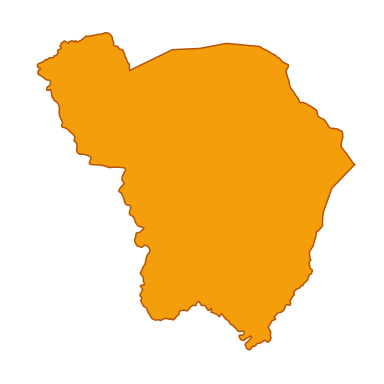 Concordia, Olancho, Honduras (Robinson projection), rotated 183°
{"feature_id": "27666195B67988098345344", "entity_name": "Concordia", "entity_type": "district", "adm_level": 2, "iso_a3": "HND", "parent_name": "Honduras", "parent_adm1": "Olancho", "projection": "robinson", "projection_center": [-86.696, 14.659], "detail": "fine", "context": "isolated", "style": "filled", "palette": "amber", "viewbox_px": 384, "rotation_deg": 183, "n_neighbors": 0, "source": "geoboundaries", "source_scale": "gbopen_adm2", "svg_char_len": 5908}
<svg xmlns="http://www.w3.org/2000/svg" viewBox="0 0 384 384"><g transform="rotate(183 192 192)"><path d="M132.8,340.9L165.4,342.2L191.6,335.8L219.0,333.1L260.6,310.1L261.4,316.3L263.9,319.4L264.2,321.0L266.0,323.9L266.5,326.1L268.5,330.2L271.8,331.1L272.8,332.0L273.4,333.1L273.8,333.4L275.4,333.7L277.0,333.8L277.6,334.1L278.0,335.0L278.2,337.7L279.4,339.6L279.5,342.0L280.7,343.8L281.1,344.3L283.8,346.4L285.2,346.3L286.7,346.5L287.6,346.3L289.0,345.5L292.6,344.6L294.8,344.5L296.3,343.7L301.0,342.8L303.7,341.8L305.7,342.3L308.7,339.4L309.9,338.7L310.9,337.5L315.0,335.7L316.2,337.0L317.7,335.9L318.7,336.2L319.4,336.8L319.9,336.8L321.2,336.0L322.7,335.7L323.3,334.1L323.5,333.9L324.0,334.1L326.5,336.0L327.6,336.1L328.1,335.7L328.6,334.8L329.3,334.3L330.1,334.1L330.4,333.8L330.7,332.1L331.3,331.4L331.4,330.7L331.1,330.1L330.1,329.2L330.0,328.7L330.3,328.3L333.0,326.9L333.6,326.5L333.6,325.9L333.1,324.8L333.1,324.1L333.7,322.7L334.5,321.7L335.5,320.9L337.0,320.7L337.3,319.3L337.7,319.0L338.9,318.7L341.1,318.6L342.0,318.0L343.5,316.5L344.0,316.4L344.4,316.8L344.9,316.7L346.1,315.4L348.1,313.9L352.0,312.1L352.9,311.1L353.1,310.2L352.9,309.2L352.4,308.5L351.6,308.0L350.2,307.8L349.8,307.4L350.1,306.5L351.6,305.3L352.0,304.6L352.1,302.6L351.6,301.4L346.3,298.7L343.8,296.6L342.6,296.3L340.5,296.3L339.8,296.0L339.4,295.4L339.0,293.9L339.2,291.6L342.2,289.0L342.6,288.0L342.5,286.4L341.9,286.0L340.8,286.0L340.2,286.2L339.1,287.0L338.7,286.9L337.6,284.3L337.1,280.8L336.6,279.5L334.2,276.2L332.6,275.2L331.2,274.0L330.4,273.2L329.7,271.9L329.0,270.2L328.7,268.7L328.9,265.6L328.4,261.6L324.9,254.5L325.0,253.2L325.6,251.7L325.5,250.5L324.5,249.9L321.0,249.1L319.8,248.5L317.9,246.6L314.0,243.5L312.0,241.3L311.7,240.1L312.4,238.4L312.4,237.1L312.2,236.7L309.9,234.7L309.3,233.7L309.1,231.5L309.4,229.3L309.4,227.8L309.0,226.4L308.0,225.0L307.1,224.2L306.1,223.8L301.3,223.9L298.7,223.3L295.3,221.9L294.8,221.2L294.7,220.1L296.1,215.1L295.8,214.7L294.7,214.3L293.6,214.1L284.7,214.1L280.5,213.4L275.6,212.0L271.2,212.8L265.0,212.8L261.2,212.7L260.4,212.3L259.9,211.8L259.7,211.1L259.8,210.1L262.2,204.3L262.6,202.4L262.5,200.1L260.5,197.9L260.3,197.5L260.3,197.0L261.0,195.7L262.8,193.8L264.4,191.5L265.1,190.1L265.1,189.0L264.5,188.3L262.6,187.3L262.2,186.6L260.8,184.2L259.1,179.9L258.9,178.6L257.2,176.0L256.3,175.6L254.6,175.6L253.5,175.3L253.0,175.0L252.4,174.3L252.2,173.3L253.5,168.5L253.1,166.2L250.0,164.6L249.1,163.9L248.2,162.3L246.8,158.6L244.4,155.6L243.5,155.1L240.2,154.3L238.2,153.2L238.5,152.3L240.2,151.0L241.7,149.2L244.6,148.5L245.6,147.8L246.0,143.9L246.4,142.8L246.7,140.3L246.4,139.1L245.4,137.3L244.5,136.0L244.0,135.4L239.9,134.2L239.0,134.3L236.8,136.3L235.8,136.3L234.5,136.0L232.8,135.1L231.1,132.5L231.0,130.2L231.8,128.8L233.1,127.4L234.2,124.0L235.1,117.4L237.5,113.7L237.7,111.5L238.7,109.9L239.3,108.5L239.1,107.5L236.4,104.6L236.2,103.7L236.0,100.6L234.9,98.5L234.6,97.6L234.8,97.1L235.4,96.7L238.1,96.1L238.6,95.7L238.5,95.2L236.8,93.0L236.3,91.9L237.2,89.6L238.3,87.3L238.5,85.9L238.3,85.4L236.9,84.1L236.6,83.6L236.6,82.8L237.2,81.9L237.4,80.5L235.8,77.9L235.0,76.1L234.5,75.6L231.4,73.8L229.7,69.7L226.9,65.9L225.8,63.9L224.6,63.1L221.8,62.1L218.4,62.7L216.6,62.0L212.7,64.2L211.8,64.4L210.7,64.3L207.8,63.6L207.2,63.8L206.9,64.4L206.4,64.5L205.9,64.3L205.1,63.4L203.9,63.4L202.4,64.7L200.8,67.2L199.6,68.0L198.7,69.0L198.5,71.4L198.3,72.0L197.8,72.6L196.8,73.1L193.5,73.7L191.6,73.0L190.1,73.3L187.6,77.1L184.9,79.0L182.4,78.7L182.1,79.1L182.0,80.1L181.4,81.6L180.4,82.7L179.6,82.8L179.0,82.5L178.2,81.7L176.6,79.1L175.8,79.1L174.5,79.5L173.4,79.2L172.6,78.5L170.0,75.1L169.5,74.8L169.0,74.7L168.5,74.9L166.7,76.7L166.3,75.9L166.1,74.9L166.6,73.1L161.4,71.4L160.4,70.8L158.4,69.1L158.1,69.1L157.8,69.3L156.7,71.8L156.1,72.1L151.8,66.9L148.7,65.1L146.7,61.9L145.0,61.3L143.6,60.5L141.9,58.7L140.5,57.5L138.9,55.5L137.2,55.2L134.2,55.7L132.9,55.4L132.5,54.9L132.5,54.0L132.8,52.9L133.4,52.0L134.5,51.5L136.8,51.6L137.3,51.0L137.3,50.2L136.9,49.1L135.9,47.6L135.3,47.1L133.4,46.5L132.0,46.7L130.2,48.6L127.7,50.0L126.1,51.3L125.6,51.1L125.1,50.3L125.7,48.9L128.2,45.9L130.4,43.8L130.7,43.3L130.9,42.6L130.5,40.8L129.2,38.7L128.1,37.8L126.4,37.5L125.5,37.8L123.6,40.7L120.6,41.7L119.3,43.7L118.7,44.2L117.1,44.4L114.5,45.5L112.9,46.9L111.6,47.7L110.9,47.6L109.8,46.6L108.6,46.1L107.5,46.5L106.3,47.7L105.5,50.4L106.2,52.8L106.1,56.8L108.5,60.0L108.8,60.7L105.4,67.5L104.9,68.0L102.6,68.8L102.0,69.3L102.0,69.8L103.5,71.0L103.5,71.5L101.9,73.0L100.5,75.4L96.5,76.8L94.5,78.3L93.8,79.5L92.7,83.1L91.8,84.5L91.3,84.5L88.8,84.0L88.1,84.3L87.6,86.1L88.3,87.4L88.3,88.3L86.3,92.6L84.6,94.6L84.5,95.3L85.1,96.5L84.2,98.7L82.6,100.3L79.2,102.0L78.5,103.3L77.7,104.2L76.4,104.6L75.0,107.0L73.5,108.3L71.9,110.5L71.2,112.8L70.9,114.9L69.9,115.7L68.9,116.3L68.5,116.8L67.8,118.9L67.7,120.3L68.4,121.0L69.5,121.4L70.0,122.0L71.2,126.5L71.2,128.3L69.8,130.3L70.0,130.9L70.6,131.3L70.8,132.1L70.9,133.4L71.5,136.7L71.4,138.6L70.9,139.9L68.3,144.1L67.7,147.2L67.2,148.8L66.8,151.5L66.0,153.8L65.9,156.4L65.4,158.8L64.8,159.5L63.9,159.8L63.2,160.5L61.9,162.4L60.5,163.9L59.8,166.0L59.8,167.0L60.2,168.4L60.3,169.4L60.0,171.4L60.2,173.7L59.8,176.5L59.8,178.7L52.6,203.0L30.9,228.0L31.8,228.4L32.8,229.4L39.7,238.5L41.5,240.3L45.3,245.0L45.6,246.0L45.5,248.7L45.2,250.7L44.4,253.6L44.3,254.6L44.7,259.0L45.3,260.4L50.5,262.7L53.1,262.8L54.3,263.0L56.0,262.8L57.5,263.3L58.6,264.2L61.2,268.0L63.9,271.2L67.6,272.8L70.0,274.2L70.6,275.4L71.5,279.5L72.0,280.2L78.6,284.3L80.4,285.0L82.2,286.1L86.2,287.3L88.4,286.9L89.3,287.7L91.0,291.2L93.9,294.4L96.1,297.8L98.7,300.7L100.0,303.1L101.1,308.4L102.9,312.3L104.4,317.1L104.2,318.6L102.8,321.1L102.3,322.3L102.2,323.2L102.5,324.0L106.0,325.7L108.4,326.6L110.6,328.8L111.6,330.2L112.2,330.5L113.2,330.6L116.1,333.0L119.4,334.3L123.8,336.9L129.0,339.1L131.3,340.4L132.8,340.9Z" fill="#f59e0b" stroke="#b45309" stroke-width="1.5"/></g></svg>